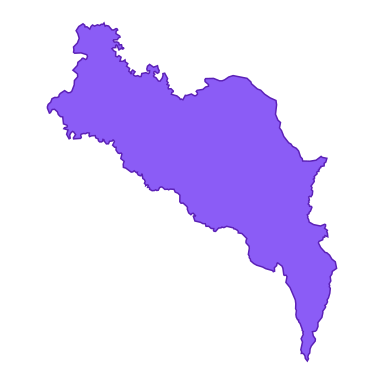 Samaniego, Nariño, Colombia
{"feature_id": "7082276B98763994729952", "entity_name": "Samaniego", "entity_type": "district", "adm_level": 2, "iso_a3": "COL", "parent_name": "Colombia", "parent_adm1": "Nariño", "projection": "albers", "projection_center": [-77.707, 1.393], "detail": "fine", "context": "isolated", "style": "filled", "palette": "violet", "viewbox_px": 384, "rotation_deg": 0, "n_neighbors": 0, "source": "geoboundaries", "source_scale": "gbopen_adm2", "svg_char_len": 5862}
<svg xmlns="http://www.w3.org/2000/svg" viewBox="0 0 384 384"><path d="M336.6,268.4L335.3,261.8L331.8,259.0L329.6,255.2L326.9,252.8L325.1,252.4L320.7,247.5L318.4,242.9L319.0,241.4L322.6,239.8L323.3,237.1L324.6,237.2L325.0,235.6L327.8,236.8L327.4,233.1L326.7,231.6L327.4,230.3L324.6,228.3L325.6,226.1L325.5,224.6L324.6,224.3L320.5,226.0L313.6,224.6L309.2,222.1L308.6,219.5L307.6,217.8L307.9,216.8L307.3,214.7L309.0,213.7L309.1,212.4L310.4,211.2L311.9,207.4L311.5,206.5L309.6,206.3L309.5,205.3L308.2,204.0L309.1,202.1L308.6,201.0L309.4,200.1L308.7,197.0L309.7,196.3L311.0,196.7L312.3,194.7L312.7,191.0L311.4,189.7L312.0,187.5L311.0,186.1L314.2,181.6L314.0,179.5L313.4,179.1L314.6,178.1L314.2,176.5L317.1,173.8L316.7,172.6L317.3,171.6L318.8,171.4L318.5,170.0L319.3,169.7L319.5,168.3L320.8,167.6L320.8,166.5L324.1,165.9L324.2,163.3L325.8,162.1L326.9,158.3L322.3,157.4L321.1,156.4L316.1,160.2L309.9,161.2L302.7,161.0L302.2,158.6L300.5,156.8L298.6,151.0L296.3,148.3L292.5,146.4L291.0,144.1L288.7,142.8L283.8,136.5L281.5,130.6L279.5,127.9L280.5,122.5L277.9,120.1L275.5,114.3L276.6,104.8L276.0,100.5L270.0,97.8L264.6,94.2L260.7,90.2L257.4,89.0L251.5,83.8L250.8,81.8L247.0,78.3L233.1,75.6L228.7,77.0L224.5,79.9L222.1,80.8L219.5,80.8L213.6,78.4L205.6,78.6L204.9,79.7L205.1,81.6L208.5,84.6L208.5,86.2L205.6,87.0L202.9,89.4L197.2,90.3L196.2,91.4L197.4,92.8L197.4,94.3L195.8,95.7L194.2,95.7L191.4,94.0L186.8,95.5L185.3,95.3L182.9,99.8L181.2,99.0L180.3,99.4L179.4,97.9L176.9,95.9L171.4,94.3L171.8,92.4L173.2,91.8L173.3,91.0L171.0,88.7L168.4,88.9L168.1,87.8L169.1,85.2L167.0,84.5L168.1,82.6L166.7,81.1L167.6,78.6L164.7,73.2L162.9,73.6L163.0,75.5L162.2,78.1L160.0,81.2L158.4,81.0L156.0,77.7L153.7,76.6L153.5,75.8L154.8,74.2L153.7,73.4L154.0,71.8L155.0,71.4L157.3,73.3L158.8,72.5L159.2,70.5L158.2,68.8L157.5,65.7L153.6,67.2L149.6,64.4L147.5,66.2L146.8,69.0L147.4,70.9L149.6,70.7L149.4,72.8L148.3,73.6L145.9,72.7L141.8,73.5L141.1,76.5L139.7,76.6L137.8,75.6L135.6,76.2L133.8,75.4L133.4,74.1L135.1,71.8L132.7,70.0L131.0,71.9L131.5,73.6L130.7,73.6L130.2,72.2L128.8,71.4L129.6,68.4L126.5,66.2L127.8,63.6L125.3,61.9L125.0,59.9L122.9,61.3L119.9,61.2L121.1,57.2L118.9,55.6L117.3,56.9L115.6,56.2L115.8,51.8L114.0,51.0L111.9,48.7L113.1,47.8L115.8,47.6L115.6,45.7L116.2,44.9L117.1,45.5L119.0,49.9L121.0,48.5L122.8,49.1L123.7,48.4L123.5,47.8L122.1,47.5L121.5,44.7L119.1,44.9L119.0,43.2L118.1,42.4L116.7,41.9L114.3,42.1L113.3,40.6L113.6,39.9L117.4,39.7L118.4,38.0L120.1,37.1L119.7,36.0L115.9,33.6L116.2,31.0L117.7,30.0L116.9,28.7L116.0,28.6L113.6,30.0L111.9,29.9L108.6,26.0L106.3,25.5L105.1,26.2L104.0,23.0L102.9,24.3L101.2,24.3L99.7,25.5L97.4,24.8L94.6,26.1L92.5,25.0L91.0,26.5L89.8,29.1L87.0,26.8L85.0,26.9L84.8,25.3L83.0,23.8L78.8,26.5L76.1,30.7L77.8,33.7L79.2,38.3L77.4,43.0L73.5,47.0L73.9,50.1L73.5,52.2L74.6,53.2L81.1,52.9L86.8,54.7L87.5,56.4L86.7,58.8L85.7,59.5L83.0,58.1L82.0,58.5L81.5,59.5L77.9,62.3L77.4,65.4L72.9,70.2L77.5,73.9L77.7,76.8L74.4,80.5L74.2,84.9L71.9,91.0L70.4,92.5L68.0,92.8L64.6,90.6L60.3,93.4L59.1,95.0L58.8,96.7L57.1,97.5L54.7,97.4L52.0,98.7L50.7,102.2L48.2,104.4L47.4,106.7L47.4,108.1L49.4,113.1L50.4,112.7L52.2,109.5L54.6,109.3L57.4,111.8L58.3,114.5L60.4,116.6L62.7,116.9L63.5,123.9L66.9,125.2L67.4,126.0L67.0,127.1L64.5,127.7L63.8,128.7L68.0,130.0L66.6,134.3L69.1,138.8L70.2,138.2L69.7,135.0L71.0,132.7L72.6,131.4L73.7,132.0L75.6,134.6L73.4,137.9L73.6,138.9L80.6,138.4L81.3,137.3L80.7,135.4L81.1,134.2L83.5,133.5L85.6,133.7L87.2,132.8L89.4,133.1L89.0,135.7L89.6,136.6L91.7,135.8L95.2,135.6L95.7,137.8L98.1,138.9L98.5,140.8L99.7,141.9L101.6,141.9L102.6,141.2L102.9,139.4L103.8,139.6L104.2,141.1L106.4,143.9L108.5,143.8L109.5,141.3L112.2,141.0L112.9,140.0L113.5,140.1L114.4,141.6L112.6,145.2L114.6,147.2L116.1,147.3L116.0,150.1L118.0,153.0L119.3,153.5L121.0,153.0L121.9,154.0L120.8,158.6L124.1,161.3L123.2,164.2L123.4,167.4L125.8,168.1L131.2,172.1L132.8,171.9L134.2,170.8L136.1,172.4L137.3,172.3L137.0,173.0L138.3,175.0L140.3,175.8L141.1,175.7L141.7,174.2L142.2,174.3L142.8,178.5L144.4,179.6L145.2,181.4L144.4,183.3L145.8,184.8L145.7,185.7L147.2,184.8L148.3,185.3L147.6,187.4L149.1,187.4L149.8,188.5L149.6,189.3L152.1,190.7L154.5,190.5L155.7,189.8L156.8,190.5L158.3,190.2L159.6,187.6L161.1,186.9L162.5,187.3L164.8,189.4L167.7,189.2L168.6,189.8L170.2,189.1L174.0,189.3L175.2,192.1L177.9,193.2L179.9,195.2L179.8,201.7L181.0,203.2L183.1,203.1L186.6,206.2L187.5,207.5L187.3,209.2L188.7,212.9L190.9,214.7L192.2,213.4L193.3,213.3L195.5,215.8L195.1,216.2L194.1,215.7L193.3,216.2L194.9,221.0L200.5,222.3L202.8,223.6L205.3,223.7L206.0,226.3L208.8,226.3L211.2,228.5L213.7,228.6L213.5,230.5L214.1,231.3L215.6,231.4L218.5,228.1L221.1,227.8L221.9,227.1L223.9,227.6L226.7,226.3L233.4,227.9L233.9,228.9L235.2,229.0L237.5,230.4L238.3,231.5L238.2,232.9L241.9,233.5L246.8,238.5L246.0,241.0L246.0,242.8L249.1,246.3L249.3,248.4L248.3,254.5L249.3,256.0L249.3,257.8L250.3,259.0L250.6,260.8L253.7,263.5L256.7,265.2L262.6,267.0L265.8,268.7L272.6,270.6L273.3,271.7L274.6,271.2L274.4,267.7L276.6,265.7L277.1,263.2L277.7,262.9L282.0,266.1L282.9,268.3L283.8,274.9L284.4,275.4L286.1,275.2L287.0,276.7L285.9,282.4L290.0,287.5L295.3,299.9L295.8,303.8L295.6,308.7L296.4,310.5L295.9,314.6L296.3,317.2L297.6,319.8L298.5,319.9L298.7,321.8L300.1,323.5L302.2,329.3L302.2,330.5L303.3,331.6L302.8,332.9L303.3,334.3L301.1,338.8L302.5,342.0L300.8,349.8L301.6,351.9L301.3,353.4L302.6,353.3L304.0,354.3L305.0,356.1L305.3,358.4L307.3,361.0L308.5,358.8L307.8,357.0L308.5,354.5L309.7,353.1L310.1,348.9L311.3,346.0L315.2,341.1L315.4,339.0L313.3,335.9L312.4,331.7L315.3,331.2L316.5,330.2L318.0,326.5L317.9,322.6L321.9,317.4L322.9,312.6L322.7,311.3L325.4,307.5L325.6,306.7L324.8,305.4L326.3,304.2L327.5,301.9L327.1,299.9L328.5,297.8L329.8,293.2L330.3,288.3L329.3,286.8L329.7,285.5L329.1,284.0L330.8,281.0L330.2,276.6L331.9,274.1L332.3,271.4L336.6,268.4Z" fill="#8b5cf6" stroke="#5b21b6" stroke-width="1.5"/></svg>